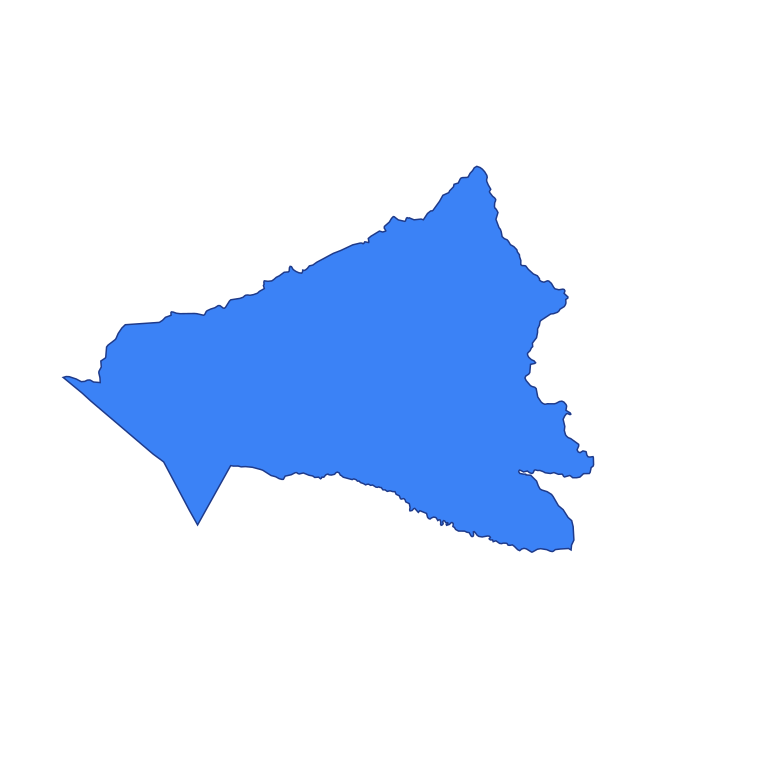 Boquete, Chiriquí, Panama (Robinson projection), rotated 310°
{"feature_id": "35544464B71515803064888", "entity_name": "Boquete", "entity_type": "district", "adm_level": 2, "iso_a3": "PAN", "parent_name": "Panama", "parent_adm1": "Chiriquí", "projection": "robinson", "projection_center": [-82.389, 8.74], "detail": "fine", "context": "isolated", "style": "filled", "palette": "blue", "viewbox_px": 768, "rotation_deg": 310, "n_neighbors": 0, "source": "geoboundaries", "source_scale": "gbopen_adm2", "svg_char_len": 6171}
<svg xmlns="http://www.w3.org/2000/svg" viewBox="0 0 768 768"><g transform="rotate(310 384 384)"><path d="M182.8,134.0L183.0,158.6L182.5,170.4L181.9,252.2L182.7,265.3L162.1,316.2L156.2,331.8L222.9,319.0L224.4,321.5L227.4,325.0L228.7,327.8L231.7,331.0L235.6,336.7L239.2,344.4L240.0,346.5L241.3,356.3L243.3,360.6L244.1,364.6L245.3,367.1L246.3,368.2L249.9,367.5L254.9,371.3L259.0,373.0L260.0,374.1L260.1,375.8L260.6,376.9L264.0,379.4L265.9,385.2L267.7,388.4L267.9,391.0L270.6,393.8L270.6,396.3L271.4,396.6L272.7,396.3L273.9,397.8L276.9,397.8L278.4,398.5L279.0,399.0L279.1,400.3L280.4,402.2L283.1,404.2L285.2,404.2L286.5,404.9L287.1,406.7L286.1,409.2L286.4,410.0L286.4,412.7L290.3,421.1L291.7,421.7L292.1,422.3L292.8,424.4L292.5,426.0L293.6,427.4L293.4,429.4L294.5,432.3L294.9,434.8L296.3,435.5L297.4,436.7L297.7,438.8L299.3,440.2L299.8,444.1L300.7,445.5L301.8,446.1L302.2,447.6L302.9,448.4L302.2,451.2L303.6,452.9L303.8,455.5L306.1,457.3L307.2,459.9L308.6,461.6L307.3,464.2L308.2,467.6L306.7,470.4L307.1,471.4L308.7,472.5L309.0,473.3L308.8,474.7L307.7,476.4L308.6,480.3L306.2,483.3L304.0,484.6L303.5,485.5L305.1,486.8L307.5,486.9L308.5,487.5L307.7,492.8L310.0,492.9L312.2,499.8L310.0,502.9L309.7,504.2L309.8,505.4L310.4,506.2L311.9,506.4L314.0,507.6L314.9,509.2L315.0,510.1L314.0,513.0L315.4,513.4L315.9,514.5L314.4,516.5L312.9,517.5L312.5,518.6L313.5,519.2L314.8,519.2L315.4,518.8L316.0,517.5L317.7,517.5L318.1,518.5L317.4,520.5L318.5,521.6L318.6,522.3L318.1,522.6L316.4,522.0L316.0,522.8L318.5,524.4L321.0,524.6L321.6,525.1L321.7,526.2L321.4,527.0L319.1,528.4L319.4,530.2L318.6,532.3L319.2,535.5L323.1,540.3L323.7,542.7L324.9,544.9L323.6,548.2L323.6,549.4L324.2,550.0L325.0,550.1L326.3,549.4L328.2,547.5L328.9,547.9L328.8,549.5L328.0,552.5L328.2,554.6L329.9,557.5L334.2,561.1L335.1,562.5L335.1,563.5L334.7,564.3L333.3,563.9L332.8,564.5L333.0,565.8L334.3,567.4L333.4,569.0L335.8,570.5L336.2,575.0L337.2,576.6L338.8,577.7L340.4,579.7L340.9,580.7L340.3,582.6L341.3,584.1L343.3,585.8L343.4,588.3L343.0,592.9L343.6,595.1L346.0,595.5L348.1,596.9L349.2,599.0L350.1,605.1L350.7,605.7L356.0,607.7L358.5,609.8L361.7,615.1L362.8,618.8L363.8,620.6L364.8,621.2L367.3,621.7L371.0,625.2L376.6,631.1L377.1,634.0L381.2,631.2L386.5,629.8L396.3,620.6L400.0,615.6L400.1,610.8L402.9,602.0L402.9,595.8L406.5,585.9L407.1,583.3L406.4,578.2L404.2,572.9L403.9,570.9L405.2,567.6L407.7,563.3L408.4,555.0L405.7,551.3L406.0,550.9L405.9,550.3L404.6,548.8L402.8,545.5L403.2,544.0L403.7,543.3L405.1,543.1L405.7,544.4L406.3,547.4L409.5,549.8L409.6,552.6L410.5,554.8L411.8,555.3L414.6,554.6L415.5,555.2L416.5,557.3L418.0,559.0L419.2,562.3L419.6,564.5L422.4,569.0L425.4,571.1L426.9,575.6L429.4,578.3L429.4,579.1L428.7,581.0L428.8,582.0L433.2,585.0L433.5,585.9L433.5,588.8L435.9,591.7L438.6,593.9L443.6,594.5L447.4,598.8L448.8,598.7L453.2,596.4L455.4,597.0L456.8,596.5L462.2,591.7L462.7,590.8L460.2,588.5L459.4,587.0L460.0,585.0L462.0,582.5L461.9,581.9L460.6,579.4L457.4,578.3L456.8,576.4L457.7,574.2L461.7,573.0L462.9,571.9L462.2,562.1L461.3,559.5L461.4,557.2L461.8,555.7L464.3,552.0L467.7,549.8L472.1,543.9L475.7,543.0L478.5,542.9L479.3,543.6L480.1,546.2L481.0,546.5L481.5,545.4L480.8,540.3L484.5,538.1L485.3,536.6L485.8,533.4L485.2,531.3L483.4,529.7L479.7,528.2L478.2,527.1L473.9,521.9L471.9,520.3L471.2,518.0L471.2,516.0L472.9,510.1L478.3,503.5L478.4,501.6L477.2,498.9L476.9,497.1L478.0,490.7L479.2,488.1L481.2,487.5L484.6,488.5L486.5,488.3L493.2,483.6L496.7,486.3L497.7,486.5L498.2,484.2L497.4,481.2L497.5,477.8L498.3,475.7L499.3,474.5L500.3,474.2L503.4,474.5L506.5,473.7L508.2,473.9L510.7,471.4L517.5,471.1L522.2,468.5L525.0,466.2L528.8,465.3L532.3,463.3L533.8,463.4L544.8,466.7L546.9,468.7L550.5,470.8L552.8,471.1L554.2,470.7L559.2,472.3L561.4,472.0L563.0,471.3L565.6,468.9L567.9,469.6L568.9,469.0L569.2,463.7L571.6,462.8L572.2,461.4L571.7,460.1L568.6,457.4L566.8,453.8L567.1,452.0L568.7,447.5L568.8,444.0L568.0,442.8L564.8,441.1L563.7,438.7L563.5,436.4L564.6,435.4L565.5,431.9L564.3,427.7L564.6,420.8L565.5,416.8L565.2,415.9L563.4,413.5L563.4,412.0L566.6,409.4L568.6,406.1L570.1,404.6L570.9,401.3L572.2,399.5L572.7,395.2L572.0,391.3L573.3,387.5L573.6,385.6L572.7,382.8L572.8,379.8L576.0,375.9L577.3,373.7L577.7,371.6L582.1,363.9L588.6,361.1L589.6,358.7L590.2,356.5L590.0,355.8L591.0,354.5L594.0,352.3L596.0,351.7L597.2,350.9L597.7,349.0L597.6,346.5L598.7,341.7L599.3,341.0L601.8,340.6L603.6,335.7L605.3,332.4L606.4,331.3L608.7,330.2L609.9,328.7L611.3,324.7L611.8,321.3L611.6,318.5L610.4,315.2L607.7,314.2L604.4,314.7L600.7,314.5L596.7,315.4L595.5,314.7L592.5,311.4L591.2,310.6L590.0,310.6L585.7,311.7L582.0,309.3L579.7,310.5L574.3,310.1L572.2,310.6L566.4,307.8L559.7,309.1L548.7,309.9L547.9,309.8L546.5,308.5L542.6,307.7L535.1,308.6L534.2,306.4L529.1,301.5L527.5,296.5L526.6,295.9L526.3,294.8L525.4,294.6L522.6,295.6L521.9,295.3L518.9,289.5L518.7,284.3L518.2,283.5L515.7,283.3L511.5,284.0L505.0,283.0L503.6,283.9L502.7,286.7L502.2,287.0L499.6,285.3L498.2,282.2L488.8,279.0L485.4,278.4L483.2,281.0L482.5,281.3L480.6,277.9L478.8,278.1L478.0,277.8L477.7,276.4L476.7,275.2L470.5,270.6L458.4,265.0L451.5,261.2L434.0,254.2L429.3,253.0L426.5,250.9L423.2,251.0L420.8,250.5L419.8,249.9L419.0,248.5L417.9,249.4L416.0,249.7L414.5,247.3L413.6,244.1L413.3,240.8L414.4,237.7L413.8,236.5L412.3,236.8L409.5,238.8L408.4,238.7L405.4,235.7L399.7,234.3L396.5,232.9L393.1,232.4L390.8,231.7L388.1,229.1L386.1,226.0L384.9,226.4L383.2,228.1L381.9,228.3L380.2,231.0L374.9,229.0L372.2,228.7L368.5,226.5L365.8,224.3L364.6,222.4L363.3,221.1L362.1,220.6L359.9,220.3L357.0,218.6L350.0,212.5L348.2,212.3L340.9,213.3L339.6,213.1L338.8,212.1L338.6,208.0L337.5,206.6L333.7,205.4L330.1,203.1L326.5,201.4L325.3,201.2L321.9,202.0L320.7,201.6L317.6,195.5L316.2,193.5L306.8,182.6L304.8,179.5L303.6,176.3L302.6,174.8L301.9,174.8L299.7,176.7L294.6,173.7L290.4,173.4L286.8,172.3L263.1,147.7L258.4,147.2L251.8,147.9L246.5,149.5L245.0,149.5L236.4,147.6L234.0,147.7L225.7,153.6L224.7,153.8L219.6,152.3L215.3,156.5L210.5,157.5L209.2,158.4L206.2,162.4L202.7,165.7L198.8,160.2L198.2,156.6L197.7,155.7L196.2,154.2L193.7,153.1L191.2,150.6L190.0,145.0L187.3,138.2L185.4,135.7L182.8,134.0Z" fill="#3b82f6" stroke="#1e3a8a" stroke-width="1.5"/></g></svg>